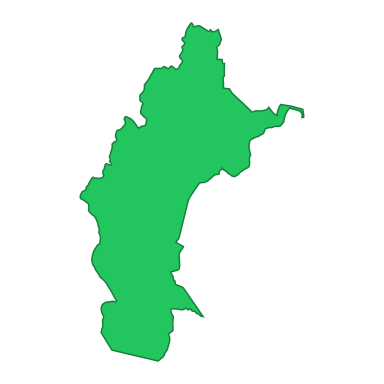 Ixtepec, Puebla, Mexico (Robinson projection)
{"feature_id": "50627088B58089687429718", "entity_name": "Ixtepec", "entity_type": "district", "adm_level": 2, "iso_a3": "MEX", "parent_name": "Mexico", "parent_adm1": "Puebla", "projection": "robinson", "projection_center": [-97.64, 20.04], "detail": "fine", "context": "isolated", "style": "filled", "palette": "green", "viewbox_px": 384, "rotation_deg": 0, "n_neighbors": 0, "source": "geoboundaries", "source_scale": "gbopen_adm2", "svg_char_len": 5922}
<svg xmlns="http://www.w3.org/2000/svg" viewBox="0 0 384 384"><path d="M301.9,117.5L303.6,117.3L303.8,115.9L302.8,109.3L291.2,106.2L280.8,104.5L279.7,106.0L277.8,110.6L277.3,113.2L277.2,115.5L274.6,114.2L273.0,112.8L268.7,107.3L268.0,108.7L265.8,110.0L262.2,110.8L259.4,111.0L257.0,110.8L255.5,110.9L252.1,112.2L249.3,109.3L245.9,106.2L243.0,103.3L240.5,101.1L231.8,92.9L229.5,88.9L223.5,88.2L223.5,83.2L223.0,77.8L224.4,75.8L224.3,71.3L224.5,63.5L222.6,63.6L222.0,59.4L217.3,59.4L217.5,50.7L216.5,47.3L219.6,44.6L221.3,39.2L219.9,34.5L218.2,29.5L215.0,31.6L211.5,31.7L210.9,29.8L210.5,29.6L209.5,31.0L208.4,31.3L204.2,28.7L202.3,27.6L201.3,26.7L200.1,26.2L199.0,25.8L198.3,25.7L196.5,26.3L195.6,26.3L193.7,26.9L193.1,25.4L192.7,24.5L191.7,23.0L190.8,23.4L189.5,25.0L189.5,25.3L188.0,27.5L186.9,29.5L186.3,30.8L186.3,31.3L186.1,31.6L185.6,33.3L185.2,36.5L185.0,37.0L184.7,37.2L183.4,37.5L182.9,37.8L182.3,38.2L182.1,38.7L182.0,39.2L182.1,39.8L182.4,40.3L183.5,41.5L184.0,41.9L184.4,42.6L184.6,43.2L184.6,43.9L184.3,44.6L183.7,45.2L182.8,45.8L182.2,46.3L182.0,46.9L182.0,47.4L182.1,48.0L182.3,48.4L182.8,49.3L182.9,50.3L179.6,56.0L179.6,57.0L179.9,57.8L180.6,58.7L181.4,59.2L182.1,60.0L182.3,60.8L182.3,61.7L182.2,62.8L181.1,63.8L180.1,64.8L179.5,66.3L179.0,67.3L178.5,68.1L177.5,69.1L176.9,69.2L175.7,69.1L175.0,68.8L173.5,67.5L172.4,66.4L171.6,66.2L170.9,66.2L170.4,66.5L169.2,68.1L168.8,68.5L168.3,68.6L167.5,68.4L165.8,67.3L164.7,66.7L164.0,66.7L163.6,66.7L161.6,68.3L161.3,68.5L160.5,68.6L159.5,68.3L158.7,68.3L157.6,68.5L156.8,68.5L156.2,68.3L155.6,68.3L155.1,68.4L154.5,68.8L154.1,69.2L153.1,71.3L152.5,72.8L151.6,73.8L148.6,79.3L147.3,81.3L146.5,82.0L146.0,82.8L145.2,84.1L144.4,84.6L144.5,86.1L144.2,89.8L144.0,90.4L142.7,92.3L141.9,93.1L140.8,94.3L140.3,94.8L139.9,95.7L139.9,97.1L139.9,99.9L140.2,100.6L140.6,101.2L141.4,101.8L142.1,102.1L142.7,103.0L142.9,103.7L142.9,104.4L142.0,105.4L141.6,106.7L141.2,109.3L140.6,111.1L140.7,113.5L141.5,114.1L143.4,116.3L144.4,117.3L145.2,117.6L145.9,118.2L146.6,119.0L146.6,120.2L146.3,121.5L146.2,122.9L146.0,124.0L145.5,124.8L144.6,125.5L143.9,125.9L142.6,126.2L141.3,126.4L140.4,126.9L139.1,128.0L138.3,127.9L137.7,127.2L136.6,125.7L136.0,124.7L134.7,122.9L133.3,121.2L131.6,119.5L130.5,118.7L126.8,116.9L125.9,116.6L125.4,116.7L124.9,117.4L124.4,118.3L124.2,119.1L124.6,120.1L124.8,120.7L125.2,121.2L125.4,122.0L125.4,122.7L125.2,123.7L124.9,124.7L124.2,125.5L122.8,126.9L121.9,128.1L121.1,129.0L119.9,129.8L118.0,130.1L117.4,130.3L117.1,130.6L116.7,131.0L116.4,131.6L115.7,134.8L115.5,135.9L115.6,136.6L115.8,137.3L116.8,139.8L116.8,140.4L116.6,140.9L115.9,141.4L114.4,141.8L113.8,142.4L112.2,144.0L112.1,144.6L112.2,145.0L112.2,146.8L112.1,148.0L111.9,149.0L111.9,149.6L111.7,149.7L110.8,152.1L110.8,152.7L109.9,155.0L109.8,155.8L109.5,156.5L109.4,157.3L110.2,158.5L110.2,159.2L110.0,160.4L109.5,161.5L110.3,162.3L111.0,162.9L111.4,163.7L111.4,164.3L111.1,164.8L110.9,165.2L110.3,165.2L108.6,164.4L107.9,164.4L107.2,164.0L106.7,163.6L105.1,164.5L105.2,165.5L104.8,166.4L104.2,168.7L104.0,169.4L103.2,170.5L102.9,171.6L102.8,172.5L103.0,174.0L103.2,174.6L103.6,175.2L104.0,175.9L101.8,178.0L98.1,178.4L97.1,178.3L96.2,178.0L95.7,178.1L94.2,177.9L93.8,177.7L93.4,177.2L93.1,177.3L92.9,177.5L92.2,177.8L89.5,182.2L88.6,184.2L87.9,185.5L86.8,186.5L86.4,187.2L86.3,188.4L85.7,189.5L84.4,191.0L83.7,191.0L82.4,191.5L81.3,193.1L81.0,194.4L80.6,194.9L80.2,195.7L80.5,198.5L83.3,200.0L86.5,202.3L88.8,204.2L88.7,205.9L88.9,207.4L88.8,208.6L88.5,210.4L89.3,211.9L91.5,214.2L94.1,215.9L95.6,218.1L97.1,221.3L97.8,223.5L98.3,226.2L99.4,230.0L98.9,231.6L99.0,233.1L100.1,235.1L100.5,238.3L99.9,241.9L99.4,243.9L97.4,245.2L95.6,248.0L93.8,251.1L92.5,255.2L91.9,258.2L91.9,261.1L93.0,264.9L94.6,267.3L95.4,269.5L98.6,274.2L99.7,276.1L100.0,277.0L102.0,278.6L104.6,281.0L106.2,283.3L107.5,284.8L107.9,286.0L109.9,289.1L112.5,293.5L114.4,297.3L116.6,300.8L115.6,301.6L114.3,301.8L112.7,301.2L110.8,301.5L109.8,301.8L107.5,302.0L106.6,302.0L104.7,302.9L103.1,303.9L102.0,305.4L101.3,307.5L101.1,308.6L101.3,310.3L102.3,313.9L103.4,315.4L103.7,316.9L103.3,318.5L102.5,320.2L102.9,326.2L102.6,327.4L101.9,328.7L101.1,332.5L111.9,350.1L158.1,361.0L161.5,358.1L162.5,357.5L163.1,356.5L164.3,355.1L164.7,353.5L165.8,351.8L167.0,350.2L167.9,347.6L169.6,341.3L169.8,337.8L168.4,334.2L172.9,330.6L173.0,327.6L172.8,325.5L172.8,322.4L173.1,318.8L173.2,316.4L171.7,313.8L171.0,311.8L170.8,310.2L171.3,309.4L171.9,309.0L172.8,308.7L177.8,309.1L179.0,309.3L180.4,309.7L182.1,309.8L183.9,309.4L184.8,308.7L185.5,308.3L186.4,308.5L187.1,309.0L188.2,309.9L189.9,308.6L191.0,309.7L191.9,310.8L192.9,311.2L194.4,311.3L195.1,311.6L195.3,311.8L196.5,313.4L198.6,314.0L200.9,316.1L203.1,316.6L183.6,288.2L182.7,287.3L175.4,284.4L175.1,283.5L175.1,281.5L174.8,280.9L174.2,280.8L174.0,280.4L173.5,279.3L173.2,277.7L172.8,275.9L170.9,273.1L171.2,271.8L177.1,270.3L179.1,269.1L179.7,265.5L179.1,254.3L180.1,251.7L180.9,250.5L182.4,248.7L183.5,246.6L175.9,242.4L178.9,238.3L188.4,200.0L190.4,196.3L195.4,188.7L196.5,187.3L197.5,185.8L198.6,184.3L199.9,182.8L204.7,182.4L207.5,181.0L210.2,178.9L211.7,177.5L213.6,175.8L215.3,174.6L218.9,174.3L219.2,171.4L220.0,170.5L221.8,169.3L221.9,168.1L223.7,169.9L226.9,171.8L227.5,172.9L228.7,173.7L230.3,174.6L232.1,176.1L234.9,176.7L236.7,175.4L238.2,174.6L239.0,173.6L239.9,172.6L241.7,171.2L243.2,170.2L244.7,169.2L247.7,167.7L249.1,166.5L249.5,164.9L249.6,161.7L249.3,158.4L250.6,154.7L249.1,148.5L249.1,144.6L249.4,143.1L249.9,140.8L251.2,139.4L252.7,138.6L256.7,136.8L258.5,136.4L259.5,135.6L261.6,134.5L262.7,134.1L264.3,131.8L265.0,128.9L267.9,127.9L269.6,127.4L271.2,127.7L273.6,126.9L275.0,126.3L278.1,126.4L279.0,126.3L280.3,126.0L280.9,125.4L282.2,123.9L283.7,121.9L284.3,119.0L284.7,116.8L285.1,115.5L286.0,113.5L286.9,111.9L288.6,109.2L289.7,108.1L294.9,109.5L300.3,111.3L302.4,114.5L301.9,117.5Z" fill="#22c55e" stroke="#15803d" stroke-width="1.5"/></svg>